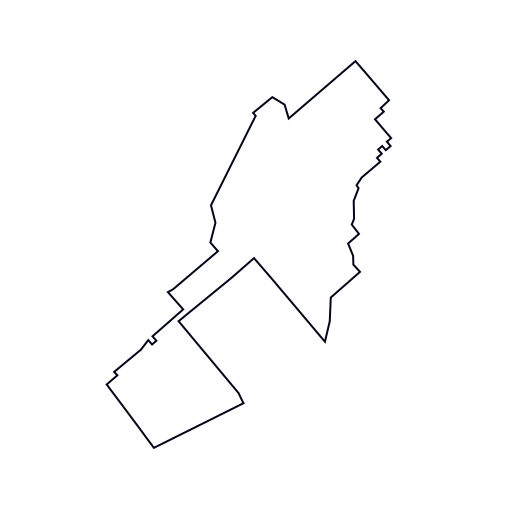 the district of Ware, Georgia, United States of America, rotated 49°
{"feature_id": "52423323B47497093243576", "entity_name": "Ware", "entity_type": "district", "adm_level": 2, "iso_a3": "USA", "parent_name": "United States of America", "parent_adm1": "Georgia", "projection": "mercator", "projection_center": [-82.412, 31.019], "detail": "fine", "context": "isolated", "style": "outline", "palette": "ink", "viewbox_px": 512, "rotation_deg": 49, "n_neighbors": 0, "source": "geoboundaries", "source_scale": "gbopen_adm2", "svg_char_len": 932}
<svg xmlns="http://www.w3.org/2000/svg" viewBox="0 0 512 512"><g transform="rotate(49 256 256)"><path d="M255.0,453.0L272.0,454.2L305.8,456.7L317.1,457.6L320.3,457.9L333.8,458.9L358.9,362.0L355.6,361.2L348.0,359.1L254.4,357.2L256.4,289.0L256.3,258.9L284.5,259.0L365.9,260.2L353.6,243.1L336.4,226.8L336.2,187.9L326.4,188.2L319.6,182.6L307.0,178.3L306.9,163.8L295.1,163.1L292.3,157.6L278.5,146.1L272.1,134.1L268.6,133.7L266.1,124.8L266.4,100.3L261.3,100.3L261.3,94.0L255.8,94.0L255.8,88.6L261.3,88.6L261.3,82.3L255.6,82.2L255.7,76.7L230.9,76.5L230.9,64.9L226.2,65.0L225.7,53.4L186.1,53.1L174.2,53.1L173.9,100.8L173.7,141.1L160.5,135.1L146.8,139.5L146.1,164.3L150.0,164.3L157.4,182.2L159.4,187.0L188.2,256.7L204.3,264.8L215.9,281.6L227.4,281.6L226.7,340.4L225.5,346.2L248.5,346.0L248.7,386.8L254.6,386.8L254.6,392.5L248.8,392.5L251.2,404.3L250.4,439.1L255.1,438.9L255.0,453.0Z" fill="none" stroke="#020617" stroke-width="2"/></g></svg>